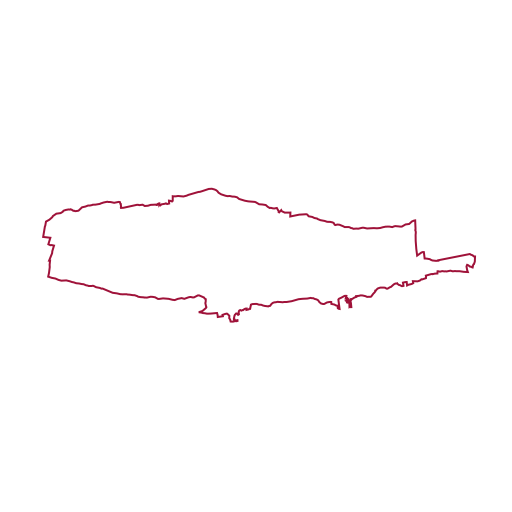 Rachitoasa, Bacau, Romania, rotated 107°
{"feature_id": "2599482B49399369103470", "entity_name": "Rachitoasa", "entity_type": "district", "adm_level": 2, "iso_a3": "ROU", "parent_name": "Romania", "parent_adm1": "Bacau", "projection": "equal_earth", "projection_center": [27.372, 46.464], "detail": "fine", "context": "isolated", "style": "outline", "palette": "rose", "viewbox_px": 512, "rotation_deg": 107, "n_neighbors": 0, "source": "geoboundaries", "source_scale": "gbopen_adm2", "svg_char_len": 6106}
<svg xmlns="http://www.w3.org/2000/svg" viewBox="0 0 512 512"><g transform="rotate(107 256 256)"><path d="M326.5,294.3L326.1,291.8L326.1,290.1L325.7,288.2L325.5,286.0L324.4,282.7L321.9,276.6L323.6,275.5L325.5,274.7L323.3,270.1L322.1,270.8L320.4,268.5L319.6,267.0L320.0,265.8L321.0,264.0L323.3,263.4L324.3,262.2L326.1,261.1L325.5,258.8L324.4,257.0L324.0,255.4L323.5,254.7L322.8,255.0L324.0,257.2L323.0,257.8L323.2,258.5L322.7,258.8L319.5,259.1L318.4,259.0L317.7,258.5L317.0,258.4L316.7,258.0L316.6,257.4L316.9,256.6L317.5,255.9L316.8,255.3L314.9,256.1L314.0,256.2L313.2,256.1L312.3,255.3L312.5,254.0L311.6,253.0L311.5,252.5L310.3,251.7L309.4,250.7L309.0,249.6L310.3,249.3L309.2,247.4L308.1,246.6L308.1,246.2L304.0,246.6L303.1,245.5L301.9,242.3L301.6,241.2L301.7,239.0L301.1,236.6L301.3,235.0L301.2,233.0L300.6,229.5L300.2,229.2L299.5,227.9L297.4,227.2L296.0,226.3L295.0,225.0L294.5,223.7L293.4,221.7L293.3,220.6L292.8,218.9L292.5,217.1L291.8,215.7L291.0,213.2L288.8,208.7L284.9,202.7L283.4,199.2L281.7,194.5L280.1,191.5L280.0,190.1L279.6,188.9L279.9,187.4L279.8,185.4L280.2,183.6L281.5,182.0L282.4,179.9L282.3,177.8L281.9,176.7L279.8,174.7L279.2,173.7L278.2,171.6L278.0,170.6L279.8,169.9L279.5,166.8L279.9,165.2L279.7,163.5L282.0,162.5L282.3,161.4L282.2,160.6L273.6,164.5L272.7,164.2L270.8,162.1L268.3,159.7L267.7,158.2L267.7,157.9L268.0,157.9L270.5,157.8L270.3,157.1L269.5,157.1L269.3,156.9L269.4,156.5L269.9,156.3L271.9,156.3L272.5,156.8L272.7,156.1L272.2,156.0L273.1,155.7L272.1,155.7L271.9,155.5L273.8,155.4L273.8,155.0L271.2,155.2L270.7,154.9L271.3,154.7L271.4,154.2L273.1,153.6L274.2,152.8L277.4,151.7L276.8,151.2L271.9,153.6L271.7,153.0L274.7,151.4L276.3,150.9L276.4,150.5L277.1,150.2L277.0,149.9L273.4,151.4L270.6,152.9L270.2,152.2L269.4,152.5L269.0,151.5L266.8,149.6L265.8,148.1L265.1,148.5L264.0,145.9L263.1,144.5L262.6,142.6L262.4,139.7L262.6,137.9L261.6,134.7L261.1,134.0L257.7,132.8L256.4,132.1L255.1,131.6L254.4,131.8L254.3,131.4L253.1,131.0L251.5,130.1L250.5,128.8L249.8,127.7L248.9,124.8L248.6,123.3L249.0,121.8L249.0,121.1L248.5,120.4L246.8,118.9L246.1,117.9L242.8,115.9L242.0,115.1L241.6,114.7L241.4,113.9L240.9,113.1L241.1,113.0L241.9,110.9L241.8,109.7L242.2,107.8L241.8,106.7L241.4,106.2L238.5,107.7L237.3,105.6L236.8,104.3L240.0,102.9L239.0,101.9L237.2,98.9L236.0,97.7L234.2,98.6L233.0,94.1L231.6,92.1L229.9,91.0L229.9,90.4L227.5,87.0L225.6,87.5L225.1,87.8L222.1,83.2L221.6,81.9L221.7,81.7L220.6,79.9L219.7,77.4L217.5,77.9L217.3,77.2L217.2,75.5L216.0,73.5L215.7,71.5L215.2,70.2L215.1,69.3L213.2,65.8L213.1,63.3L212.2,61.3L212.0,60.0L211.0,56.8L210.4,52.7L209.4,48.7L207.8,49.9L204.6,51.6L203.4,51.6L202.7,51.5L202.7,51.1L202.8,50.3L203.6,48.2L203.4,47.5L203.6,46.3L203.4,46.3L203.5,45.5L201.0,45.7L200.2,45.5L200.0,45.2L197.4,45.1L192.4,46.4L192.7,47.7L192.0,49.0L191.9,51.1L191.6,52.1L206.8,80.5L207.2,80.3L208.0,82.4L208.7,86.0L208.5,87.9L208.2,88.8L208.6,92.1L209.1,94.0L203.2,96.6L203.4,97.5L204.3,98.8L208.5,102.0L202.3,104.8L194.9,107.7L189.3,109.5L187.0,110.0L185.7,110.5L184.6,111.3L184.0,111.2L182.5,111.7L175.4,114.2L175.9,115.2L177.4,117.0L180.6,118.9L182.1,122.2L185.3,125.2L185.7,126.5L186.0,128.3L186.7,131.6L187.5,132.9L188.5,134.1L188.9,137.1L190.0,140.5L191.4,143.1L192.9,145.4L194.1,148.3L194.9,151.6L197.2,157.8L197.5,161.3L197.9,162.6L200.0,166.2L200.4,168.0L201.5,170.8L201.3,172.3L201.5,173.3L201.2,174.7L201.2,175.7L202.4,179.7L202.1,181.1L201.7,185.3L202.1,187.3L203.2,189.2L203.1,189.9L201.7,191.4L201.5,192.7L201.7,195.2L202.5,197.9L202.4,200.5L202.9,204.9L202.6,208.0L202.3,208.6L202.6,211.2L202.2,213.6L202.6,217.3L201.5,218.9L201.3,219.7L201.6,220.8L203.8,226.7L208.2,234.8L204.4,235.8L206.1,241.1L205.7,244.0L205.5,244.7L204.8,245.3L207.5,246.6L207.4,246.9L207.2,246.8L204.0,250.1L205.2,252.4L205.5,253.7L205.6,255.9L206.1,256.9L205.5,259.2L204.4,261.6L204.9,265.1L205.6,268.1L204.7,271.8L204.6,272.9L206.0,279.3L206.4,282.8L206.4,288.8L205.4,291.3L205.5,293.8L206.1,296.0L206.3,298.7L207.1,300.7L207.3,302.9L207.2,307.4L206.4,310.4L205.4,311.7L204.7,313.4L204.5,315.1L204.6,317.9L205.7,320.8L209.9,326.7L211.1,328.5L211.6,329.8L217.3,338.5L218.6,340.0L220.3,342.8L221.4,348.1L222.5,350.4L223.1,352.4L223.2,353.1L227.5,351.8L227.7,352.1L228.4,352.3L228.3,354.1L228.5,355.4L231.2,354.4L232.3,356.2L232.0,357.4L232.2,357.9L232.6,358.2L234.2,361.4L235.5,362.3L235.0,362.9L234.9,363.3L235.2,363.4L233.9,363.8L234.0,364.1L235.0,365.2L235.7,365.1L236.0,365.4L236.3,366.1L236.0,366.4L237.9,371.7L239.5,374.0L240.7,377.0L240.1,379.4L241.5,382.5L241.5,383.4L241.8,384.7L248.6,396.8L249.4,398.9L249.5,399.2L249.2,399.4L248.0,399.6L245.1,400.8L245.9,400.8L244.2,402.0L244.4,403.1L246.6,407.2L246.9,410.8L247.5,412.9L247.6,414.1L249.4,417.4L251.4,420.2L251.8,420.5L253.8,424.5L254.7,427.1L255.3,427.8L256.4,429.8L256.8,431.3L258.6,433.6L260.3,436.6L264.4,438.9L264.8,439.4L265.8,441.5L266.0,442.3L265.9,443.3L266.2,443.9L265.6,445.8L265.7,446.4L265.5,446.9L266.1,447.8L266.3,448.9L267.6,451.4L268.6,452.8L269.0,453.3L270.3,453.8L272.1,455.4L273.9,459.3L277.2,461.9L278.5,462.2L281.7,464.2L284.5,466.9L288.5,466.4L289.6,466.5L300.0,465.1L298.7,458.0L305.5,458.0L305.8,455.8L305.3,454.7L305.1,452.2L310.9,452.2L313.0,451.8L320.9,452.5L320.6,451.6L324.7,450.8L326.9,450.0L332.7,449.0L336.5,448.7L336.6,445.0L336.2,441.2L336.6,437.9L336.5,434.9L334.8,430.3L334.6,426.7L334.7,424.4L334.5,422.5L334.6,420.0L334.0,417.0L333.8,414.5L333.4,412.6L333.7,410.0L333.5,408.3L333.6,407.2L332.7,404.3L332.2,403.4L332.1,402.6L332.6,399.8L332.2,396.0L332.4,394.2L332.0,393.2L333.1,382.3L332.4,378.1L332.2,374.7L331.6,372.2L331.0,370.5L330.4,368.4L330.4,367.6L329.9,365.5L329.5,362.5L329.0,360.7L329.1,357.8L329.4,356.8L329.1,354.4L328.3,351.0L328.4,350.7L327.6,348.0L325.8,344.9L325.3,342.9L325.0,340.4L325.7,337.2L325.3,335.9L323.7,332.5L323.3,330.7L322.5,327.0L322.3,323.0L321.9,320.8L319.9,318.3L318.0,314.8L317.9,312.0L315.2,308.4L314.5,307.1L314.3,306.5L314.1,304.3L313.7,303.2L310.7,300.1L310.3,298.9L310.9,293.6L311.7,292.6L312.0,291.4L314.7,290.7L315.8,290.7L319.2,288.8L319.4,288.5L320.4,288.7L324.2,291.1L326.5,294.3Z" fill="none" stroke="#9f1239" stroke-width="2"/></g></svg>